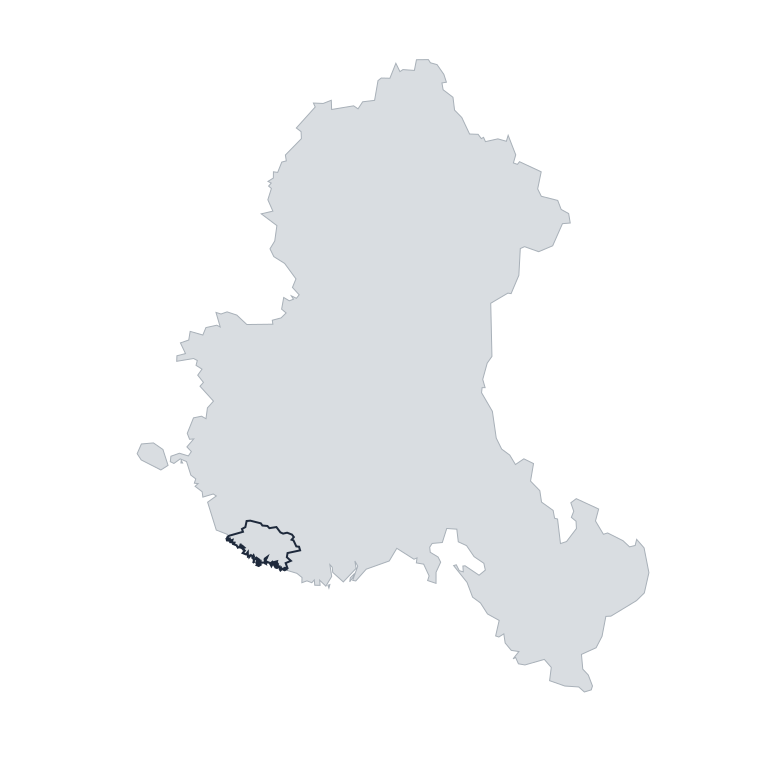 Fujian on a map of China (Equal Earth projection), rotated 86°
{"feature_id": "CHN-1178", "entity_name": "Fujian", "entity_type": "Province", "adm_level": 1, "iso_a3": "CHN", "parent_name": "China", "parent_adm1": "", "projection": "equal_earth", "projection_center": [118.681, 25.949], "detail": "medium", "context": "in_parent", "style": "outline", "palette": "slate", "viewbox_px": 768, "rotation_deg": 86, "n_neighbors": 0, "source": "natural_earth", "source_scale": "10m", "svg_char_len": 5622}
<svg xmlns="http://www.w3.org/2000/svg" viewBox="0 0 768 768"><g transform="rotate(86 384 384)"><path d="M419.5,583.7L404.5,576.4L403.4,568.3L406.2,564.0L395.5,561.8L389.2,555.3L373.4,567.7L369.8,564.0L362.2,569.2L356.5,564.5L352.3,570.2L347.5,568.6L345.3,572.2L346.9,589.2L341.4,588.6L339.8,579.9L328.8,584.2L326.5,575.7L318.0,573.7L322.5,561.3L315.3,557.7L313.7,546.7L315.7,543.4L300.9,546.6L302.8,541.7L301.1,535.5L305.0,526.0L315.1,516.7L316.6,490.7L312.6,491.0L310.9,482.1L306.3,476.7L302.2,480.9L290.7,478.0L294.4,472.7L293.1,468.4L289.6,470.3L292.4,465.4L289.1,462.4L281.3,468.6L273.0,464.5L256.8,474.7L249.3,485.0L241.2,488.3L233.7,483.0L218.5,479.8L205.7,494.6L203.8,482.8L192.1,487.0L181.1,482.7L178.5,485.3L175.7,482.5L173.8,485.6L170.8,480.0L164.6,479.5L165.5,475.3L155.5,470.5L154.6,465.9L148.7,466.4L133.5,449.3L126.5,449.1L122.5,453.6L102.9,433.3L98.8,434.8L99.9,425.1L97.3,416.8L106.5,417.1L104.4,394.9L107.7,390.7L101.0,385.6L100.4,373.6L80.9,368.8L78.6,365.4L79.4,356.8L64.9,349.8L73.5,346.3L71.7,343.2L73.3,331.8L62.8,329.0L63.5,317.1L66.8,315.3L69.1,308.8L79.3,302.7L87.3,300.7L87.7,305.2L94.6,304.5L102.8,295.2L115.7,294.5L123.6,287.8L140.6,281.2L141.5,272.7L146.0,269.8L144.9,267.5L149.3,265.9L147.4,253.3L150.4,245.0L144.6,242.8L164.6,236.6L172.5,239.5L174.2,235.6L171.7,233.3L183.3,212.4L200.1,217.1L207.7,214.0L213.0,197.9L222.2,195.1L226.9,187.9L236.4,187.0L236.5,194.8L257.9,206.1L262.8,220.5L256.8,234.2L258.4,238.6L285.0,241.9L302.7,250.9L302.0,254.1L310.9,271.9L364.0,274.4L370.4,279.6L386.3,285.2L394.7,283.4L394.5,286.4L399.5,287.3L418.8,277.8L445.8,275.8L457.1,271.2L463.7,263.5L473.5,258.5L468.4,249.7L473.8,240.4L491.1,244.6L501.3,236.0L512.8,235.1L521.9,224.1L529.8,223.2L530.8,220.3L555.5,219.1L553.9,212.9L541.6,202.1L534.3,202.0L530.1,206.4L524.2,203.6L515.5,205.9L511.8,200.2L523.7,178.6L535.4,182.6L549.2,175.6L548.2,171.3L557.0,156.5L563.6,150.4L562.6,144.7L556.6,142.8L565.6,136.0L590.7,132.9L610.6,138.9L617.7,147.2L631.4,173.8L631.3,178.9L650.9,184.1L661.9,190.8L667.5,205.9L682.3,205.6L688.6,200.5L699.8,197.1L703.6,198.6L705.2,205.6L699.8,210.9L697.9,224.7L691.5,239.5L678.4,236.9L669.9,243.3L674.1,263.0L672.5,269.4L666.0,271.8L667.2,274.4L660.3,268.1L658.6,275.6L650.8,281.2L641.6,281.9L644.4,287.1L643.1,290.2L627.9,285.6L620.6,296.8L609.2,303.0L602.8,310.5L587.7,315.0L570.0,327.2L569.4,324.5L575.5,321.9L576.9,318.0L571.1,318.0L571.0,315.8L581.4,302.5L576.7,295.9L569.8,296.9L562.5,306.2L551.0,312.9L546.6,320.9L533.9,321.5L532.5,331.5L546.2,336.9L546.4,347.1L550.0,349.8L555.1,349.6L560.4,342.1L565.7,339.9L575.4,345.2L586.5,346.0L583.1,354.2L578.6,352.4L566.5,357.0L564.7,364.2L559.8,363.2L560.9,366.3L548.8,382.7L560.9,391.1L567.5,414.7L578.5,425.9L577.7,428.9L563.9,422.9L558.5,425.4L566.0,424.7L578.6,438.4L568.3,448.3L563.2,448.4L560.4,450.6L572.3,449.6L581.6,456.1L575.2,461.9L580.4,461.8L579.9,467.1L574.6,467.2L577.2,469.9L575.0,474.6L576.5,479.8L571.3,479.3L566.8,484.1L558.9,504.9L553.8,502.6L557.1,509.5L552.4,513.7L548.7,512.7L554.1,514.5L554.2,523.9L549.2,523.0L550.4,526.3L546.8,526.7L543.2,535.7L533.8,537.9L536.3,541.4L528.4,551.5L523.1,550.7L518.0,561.5L489.6,568.2L484.0,559.1L481.8,562.0L484.2,572.6L478.8,572.9L472.9,579.6L470.4,576.4L469.7,580.1L465.5,578.4L461.5,583.0L447.6,586.4L444.5,592.5L448.6,599.1L446.6,602.6L441.2,601.6L438.8,592.9L442.1,584.2L438.0,580.9L433.0,585.0L425.5,577.6L425.6,581.8L419.5,583.7ZM450.1,605.1L454.2,612.6L442.8,631.5L436.3,635.1L426.9,630.2L426.7,618.1L433.9,609.1L450.1,605.1ZM578.9,432.0L575.0,431.1L571.6,427.3L574.4,428.1L578.9,432.0ZM583.8,453.2L580.9,454.0L580.3,452.0L583.8,453.2ZM556.7,520.8L555.1,523.2L555.3,520.1L556.7,520.8ZM446.0,591.6L448.8,590.4L448.6,592.1L446.0,591.6Z" fill="#d9dde1" stroke="#a8b0b8" stroke-width="1"/><path d="M561.1,493.1L563.3,496.7L562.7,495.8L562.4,495.6L561.7,495.6L561.9,494.5L560.6,494.8L560.5,496.1L563.2,497.1L561.2,497.3L561.3,499.4L560.1,499.6L560.9,500.6L558.8,500.9L560.1,503.6L559.5,505.1L556.6,506.5L559.2,502.4L557.6,502.5L557.1,504.6L556.1,504.1L556.7,501.6L555.7,503.3L554.9,502.2L555.3,504.0L553.4,503.2L553.9,505.9L556.0,505.8L556.1,508.3L554.5,507.0L553.5,507.6L554.9,509.7L556.5,508.1L557.9,509.0L554.5,510.4L552.3,514.8L552.1,514.9L551.8,514.4L550.3,513.8L549.6,513.1L548.2,512.4L549.9,515.1L550.9,515.4L555.0,514.5L553.6,516.5L553.8,519.4L552.2,519.4L554.6,524.4L553.7,522.7L552.6,524.2L552.9,522.6L550.6,520.6L548.3,523.4L551.0,526.2L548.4,526.6L548.2,528.2L547.4,525.6L545.7,526.1L546.8,527.1L545.4,528.7L547.3,530.5L546.1,530.6L546.6,531.8L542.2,531.6L544.4,533.5L542.8,536.8L540.6,534.5L538.2,536.9L537.5,534.6L535.4,536.7L535.9,538.4L533.3,538.0L536.1,539.0L537.1,541.2L534.6,542.3L532.7,546.6L533.3,544.9L531.8,544.2L530.9,549.3L530.7,546.7L528.9,546.0L529.5,548.5L527.3,548.6L527.3,550.8L526.1,551.1L524.6,549.2L521.6,535.0L518.7,535.8L517.1,532.3L511.1,530.6L511.0,526.9L514.4,516.6L516.7,515.2L517.5,510.2L519.8,508.4L519.2,501.3L524.8,497.7L526.2,495.1L525.6,491.0L527.8,486.3L530.4,484.6L532.9,487.0L533.7,485.2L539.9,482.8L540.4,480.1L544.1,479.3L545.9,492.0L550.0,493.0L553.9,489.2L555.8,494.6L561.1,493.1ZM556.8,521.7L555.8,523.7L554.7,522.4L556.0,521.9L555.0,520.8L555.8,519.8L556.8,521.7ZM529.5,549.0L529.1,551.6L527.8,551.8L528.4,548.8L529.5,549.0ZM536.5,538.1L537.7,537.0L537.2,538.6L536.5,538.1ZM550.0,513.9L551.7,514.6L551.7,514.9L550.0,514.6L549.5,513.1L550.0,513.9ZM551.1,521.2L550.9,523.2L550.5,523.4L550.3,522.5L551.1,521.2ZM552.5,526.0L553.2,527.3L552.2,526.4L552.5,526.0ZM553.9,512.6L554.2,513.6L553.4,513.1L553.9,512.6ZM562.4,500.5L562.4,499.8L562.8,500.3L562.4,500.5Z" fill="none" stroke="#1e293b" stroke-width="2"/></g></svg>